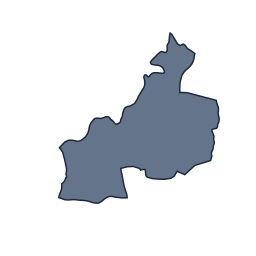 the district of Resinard, Castries, Saint Lucia, rotated 244°
{"feature_id": "8701671B52982434499588", "entity_name": "Resinard", "entity_type": "district", "adm_level": 2, "iso_a3": "LCA", "parent_name": "Saint Lucia", "parent_adm1": "Castries", "projection": "mercator", "projection_center": [-60.941, 14.004], "detail": "fine", "context": "isolated", "style": "filled", "palette": "slate", "viewbox_px": 256, "rotation_deg": 244, "n_neighbors": 0, "source": "geoboundaries", "source_scale": "gbopen_adm2", "svg_char_len": 5833}
<svg xmlns="http://www.w3.org/2000/svg" viewBox="0 0 256 256"><g transform="rotate(244 128 128)"><path d="M95.8,35.3L93.5,37.6L92.9,38.1L92.2,38.9L91.6,39.4L91.0,40.1L90.4,41.2L89.6,42.5L89.2,43.5L88.2,46.1L88.0,46.7L87.3,48.0L86.6,49.3L86.0,50.3L85.0,51.8L84.0,53.4L83.4,54.5L83.3,54.9L82.8,55.6L82.0,56.9L81.4,57.9L80.5,59.2L79.5,60.3L79.0,60.9L78.4,61.5L77.8,62.2L77.3,62.7L76.5,63.5L76.0,64.1L75.4,65.0L75.0,65.6L74.4,66.6L73.7,67.9L73.4,69.1L73.4,69.9L73.5,70.9L73.7,72.4L74.2,74.6L74.4,75.3L74.6,76.0L74.8,77.5L74.9,78.6L74.9,79.7L74.9,80.1L74.7,80.8L74.4,81.8L74.3,82.1L74.0,82.8L73.8,83.1L73.6,83.5L72.7,84.7L72.2,85.3L71.9,85.6L70.9,87.1L69.9,88.7L68.9,90.3L68.7,90.6L68.5,90.9L68.1,91.5L67.4,92.9L65.6,96.7L69.0,97.8L77.0,98.9L81.2,100.0L88.6,102.1L94.9,103.7L93.5,110.3L91.2,115.8L87.0,120.3L85.7,120.9L84.6,121.0L84.5,121.6L84.2,122.9L83.8,124.1L83.5,124.9L83.3,125.2L81.2,124.6L78.0,123.4L76.6,123.4L75.3,123.8L71.9,127.7L68.5,133.4L65.8,138.6L64.0,144.7L64.5,148.6L67.6,153.0L61.8,158.1L61.2,158.5L61.3,158.8L65.1,171.8L62.6,188.0L66.2,191.2L67.3,191.3L67.5,191.4L68.7,191.9L69.0,192.1L69.4,192.3L69.8,192.7L70.4,193.4L71.5,194.8L71.8,195.1L72.5,195.6L73.4,196.2L74.5,197.0L75.1,197.4L76.3,198.7L76.7,198.9L77.1,199.2L77.7,199.4L78.5,199.6L79.3,199.7L79.7,199.8L80.3,200.1L80.9,200.4L81.7,201.0L82.1,201.2L82.5,201.4L83.3,201.7L84.0,201.8L84.8,201.9L87.4,202.0L89.0,202.3L89.6,202.4L89.7,202.8L89.8,203.8L89.8,204.2L89.6,204.9L89.1,206.3L89.0,206.8L89.0,207.2L89.0,207.6L89.1,207.8L89.4,208.2L89.6,208.5L89.8,208.7L90.3,209.2L91.4,209.9L92.1,210.4L92.4,210.8L92.7,211.2L93.1,211.7L93.4,212.1L94.2,212.7L95.5,213.5L96.0,213.8L97.0,214.2L97.7,214.4L98.7,214.6L99.9,214.9L100.8,215.2L101.7,215.5L102.4,215.8L102.9,216.1L103.4,216.4L104.3,217.0L105.4,217.6L106.0,217.9L106.4,218.1L106.7,218.1L107.3,218.2L109.0,218.4L110.8,218.6L111.2,218.6L113.0,219.2L114.2,219.4L134.0,196.4L136.3,192.0L137.1,190.0L137.8,190.5L138.3,190.7L139.2,191.0L142.1,192.5L144.6,193.9L145.2,194.2L147.1,195.5L148.6,196.8L149.8,197.8L151.6,199.5L151.8,199.7L152.6,201.0L153.3,202.1L153.5,202.4L154.0,203.6L154.3,204.3L154.4,204.6L154.7,205.1L155.0,206.2L155.2,207.5L155.5,208.6L155.7,209.1L156.1,210.1L156.3,210.9L157.0,212.4L157.5,213.3L157.9,213.9L158.8,215.1L159.1,215.5L161.2,217.5L161.5,217.8L162.6,218.5L163.1,218.9L164.6,219.9L165.5,220.7L169.4,218.8L173.4,216.2L177.2,215.7L179.2,214.4L179.2,211.2L181.7,209.4L193.1,208.4L194.8,207.4L193.2,206.1L190.8,204.6L189.4,203.8L188.6,203.3L187.6,202.7L187.2,202.4L186.6,201.6L186.2,200.9L185.8,200.2L185.4,199.7L185.0,199.4L184.7,199.1L184.4,199.0L182.0,198.0L181.4,197.7L180.7,197.3L180.6,197.2L180.0,196.6L179.8,196.3L179.5,195.6L179.4,195.2L179.5,194.7L179.6,194.3L180.1,193.8L180.6,193.3L181.0,193.0L181.6,192.3L181.9,191.8L182.1,191.5L182.1,190.7L181.9,189.5L181.7,188.6L181.6,188.2L180.9,185.9L180.1,183.8L179.4,181.5L178.9,180.1L178.3,178.8L177.6,177.5L177.3,177.1L177.1,177.0L176.9,176.9L176.7,176.9L176.3,176.9L175.6,176.9L175.2,177.1L174.6,177.5L174.2,178.0L173.2,179.4L172.5,180.4L172.2,180.7L171.1,182.6L170.5,183.4L170.1,183.8L169.5,184.3L168.6,184.8L168.0,185.2L167.3,185.5L166.9,185.6L166.5,185.6L165.9,185.7L163.8,185.6L163.0,185.5L161.8,184.9L161.7,184.5L161.8,184.0L161.9,183.4L162.2,182.9L162.5,182.2L162.7,181.9L163.3,181.0L163.4,180.7L164.3,179.4L165.3,177.6L166.1,176.0L166.5,174.7L166.5,174.1L166.5,173.6L166.3,172.6L166.1,171.7L165.5,170.6L165.1,169.3L165.0,169.0L165.0,168.8L165.0,168.6L167.3,167.7L167.7,167.5L167.9,167.4L168.1,167.0L168.3,166.6L168.3,166.3L168.2,166.0L168.0,165.7L167.8,165.4L167.3,165.0L166.8,164.7L166.3,164.4L166.0,164.3L165.6,164.2L164.4,164.1L163.8,163.9L163.2,163.7L162.2,163.2L160.9,162.8L160.1,162.3L159.8,162.1L159.3,161.8L158.7,161.3L157.8,160.4L157.6,160.2L157.2,159.7L156.7,158.9L155.8,157.3L154.9,156.1L154.0,154.5L153.4,153.7L152.0,151.5L151.7,151.1L150.4,149.7L150.1,149.3L149.6,148.6L148.9,147.5L148.5,146.7L148.0,146.0L147.8,145.7L147.4,145.0L147.2,144.5L147.1,144.3L147.0,143.9L147.1,142.9L147.0,142.5L147.0,142.0L146.9,141.2L146.8,140.1L146.8,139.8L146.9,139.3L147.0,138.6L147.3,137.6L147.4,137.3L147.5,136.8L147.5,135.5L147.6,135.3L147.6,134.7L147.3,134.4L147.3,133.8L147.2,133.5L146.9,133.3L146.1,132.3L144.8,130.9L144.3,130.3L143.8,129.9L143.2,129.4L141.5,128.4L141.2,128.1L140.9,127.8L140.3,127.2L139.8,126.4L139.5,126.1L139.1,125.6L138.8,125.3L137.7,124.5L136.9,123.9L136.7,123.3L136.6,123.1L136.3,122.2L136.3,121.7L136.3,121.3L136.3,120.5L136.4,120.0L136.4,119.4L136.5,119.2L136.8,118.9L137.5,118.3L138.0,118.2L138.6,118.0L139.4,117.9L140.0,117.7L141.2,117.4L141.9,117.0L143.2,116.3L143.3,116.2L143.5,116.1L145.1,116.0L145.3,115.9L145.6,115.8L146.1,115.6L146.5,115.4L146.7,115.2L147.1,114.7L147.7,113.4L147.8,113.0L147.9,112.5L147.9,112.1L147.9,111.2L148.0,110.5L148.0,110.1L148.2,109.2L148.3,108.6L148.5,107.8L149.2,106.6L149.7,105.8L150.2,104.9L150.7,103.9L150.8,103.4L150.9,103.1L151.0,102.2L150.9,101.5L150.6,100.7L150.5,100.4L150.3,100.1L149.3,98.0L149.1,97.5L148.4,96.5L148.1,96.0L147.6,95.4L147.5,95.2L146.9,94.6L146.4,94.1L145.8,93.7L144.6,92.7L143.6,92.1L142.8,91.4L141.9,90.5L140.7,89.3L139.9,87.9L139.1,86.7L138.8,86.0L138.5,85.3L137.8,82.2L137.6,81.5L137.5,80.3L137.5,79.7L137.5,79.2L137.6,78.7L137.9,77.6L138.3,76.8L138.7,76.2L139.6,75.0L140.9,73.2L141.5,72.3L141.9,71.7L142.2,71.1L142.6,70.2L142.8,69.4L143.0,68.8L143.1,68.4L143.1,67.5L143.1,66.2L143.1,65.2L143.0,64.8L142.8,64.1L141.1,59.7L140.7,58.7L140.5,58.1L140.4,57.8L140.1,57.6L138.5,58.2L134.9,58.6L127.2,57.2L118.4,54.9L116.5,54.0L113.6,52.0L112.2,51.8L111.0,51.4L111.0,51.2L110.9,51.0L110.7,50.6L110.4,50.2L110.2,49.8L110.0,49.7L109.8,49.6L109.7,49.4L109.1,48.9L108.6,48.2L107.9,47.0L107.4,45.9L107.2,45.3L107.1,45.0L106.9,44.0L103.6,42.4L101.7,41.0L100.1,39.4L98.6,37.6L96.2,35.5L95.8,35.3Z" fill="#64748b" stroke="#1e293b" stroke-width="1.5"/></g></svg>